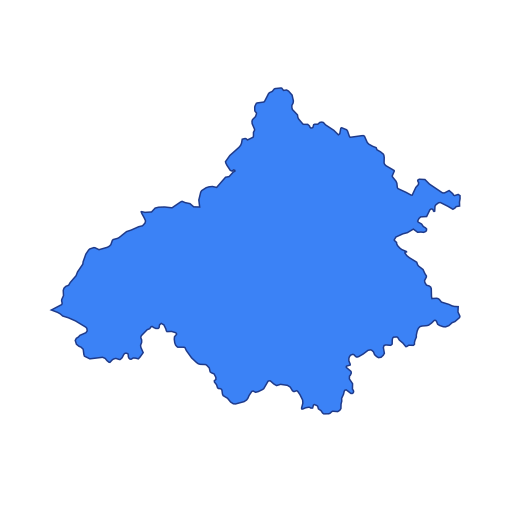 the district of Trung Khanh, Cao Bằng, Vietnam, rotated 174°
{"feature_id": "81297802B42277751936117", "entity_name": "Trung Khanh", "entity_type": "district", "adm_level": 2, "iso_a3": "VNM", "parent_name": "Vietnam", "parent_adm1": "Cao Bằng", "projection": "mercator", "projection_center": [106.547, 22.825], "detail": "fine", "context": "isolated", "style": "filled", "palette": "blue", "viewbox_px": 512, "rotation_deg": 174, "n_neighbors": 0, "source": "geoboundaries", "source_scale": "gbopen_adm2", "svg_char_len": 6058}
<svg xmlns="http://www.w3.org/2000/svg" viewBox="0 0 512 512"><g transform="rotate(174 256 256)"><path d="M465.2,223.7L459.1,220.6L456.7,218.9L454.5,216.5L449.1,214.2L442.3,210.3L432.8,203.1L431.8,201.8L431.7,199.2L433.2,197.5L439.4,195.5L441.1,194.0L443.3,192.9L444.6,190.9L443.8,187.0L441.5,184.7L439.6,183.7L437.6,181.3L437.5,176.2L437.1,174.3L432.0,171.1L419.2,171.3L416.7,169.9L415.1,167.5L413.3,165.7L412.4,165.5L409.6,167.9L408.2,168.5L406.1,168.8L402.6,167.3L401.8,167.3L399.8,168.8L397.7,172.0L396.7,172.8L395.5,173.0L393.7,172.3L393.4,171.1L393.5,169.1L393.0,167.6L392.1,166.6L390.9,166.4L388.8,167.4L386.3,167.0L383.8,166.0L382.0,167.5L378.3,171.7L380.1,177.3L380.1,179.4L378.8,181.9L378.6,183.1L378.5,184.6L379.1,186.6L378.9,187.8L378.3,188.8L371.9,194.1L369.4,194.8L367.6,196.7L366.6,196.8L365.3,195.6L363.2,194.4L360.8,194.2L359.9,194.9L359.1,197.7L357.3,198.9L354.8,197.1L353.3,192.9L353.0,191.0L352.4,190.1L347.8,189.8L343.9,188.1L343.2,187.2L343.2,186.4L345.5,184.2L346.0,181.8L345.9,178.3L345.3,175.9L344.3,174.4L343.4,173.5L337.1,172.8L336.2,172.3L335.2,169.3L330.7,161.4L326.3,156.3L324.6,154.8L322.8,154.1L317.5,153.3L316.5,152.6L314.2,149.6L313.7,145.6L312.5,144.5L310.0,143.1L308.6,139.5L308.8,137.4L310.5,136.3L310.5,135.0L308.7,132.1L308.0,128.9L307.1,128.1L305.3,127.8L304.3,127.0L303.9,126.1L303.8,122.3L303.3,120.6L299.2,117.5L296.5,113.4L294.0,111.4L291.8,111.0L283.1,112.4L280.4,113.8L279.0,115.3L277.4,118.1L274.3,121.8L272.9,122.0L270.7,120.5L267.9,120.9L263.5,122.5L262.2,123.2L257.1,130.2L256.0,130.5L254.8,130.3L251.7,126.9L249.1,125.0L245.0,125.8L238.3,124.1L235.7,122.1L233.9,118.3L233.0,117.4L232.1,117.2L229.6,117.8L228.6,116.9L226.8,113.6L224.7,107.9L224.8,104.7L226.6,100.0L226.5,99.1L225.6,98.9L222.7,99.8L219.7,100.1L218.5,99.9L217.3,99.0L215.6,98.9L214.4,101.8L213.5,102.2L211.3,101.0L210.4,100.2L209.9,97.4L207.5,95.4L206.2,92.9L205.1,91.9L200.2,91.5L198.9,91.8L196.9,93.3L195.9,93.6L191.0,92.7L188.8,93.8L187.5,95.4L186.9,99.9L185.9,102.6L185.7,105.5L183.4,109.4L182.4,112.3L181.5,113.3L180.2,113.4L176.0,109.4L174.7,109.2L173.6,109.8L173.1,110.8L173.2,112.1L174.0,113.5L173.3,118.9L176.0,124.0L175.6,126.8L174.5,127.8L173.5,129.6L173.5,130.8L173.7,131.4L177.8,135.7L177.8,136.5L177.5,137.0L173.8,137.7L173.6,138.5L174.6,142.0L174.4,144.3L173.8,145.8L172.4,147.5L169.9,148.1L168.8,147.5L167.4,145.6L166.2,144.9L164.4,145.2L159.7,147.3L154.4,150.5L151.9,150.7L150.7,150.1L149.2,148.4L148.4,145.5L146.6,143.4L144.8,142.1L142.2,142.2L139.8,144.0L138.5,145.8L138.9,151.6L138.0,153.6L136.2,154.0L131.5,153.1L130.6,153.5L129.8,154.2L129.2,158.6L128.7,160.0L127.8,160.9L124.6,160.8L123.6,160.3L122.3,157.5L118.9,153.9L116.5,150.2L115.6,150.2L113.4,151.3L108.8,150.7L107.6,151.7L107.5,153.3L106.7,155.5L105.0,158.6L104.8,160.7L103.5,164.6L102.1,167.1L100.4,168.6L98.3,169.0L93.3,168.9L91.5,169.2L88.5,170.9L85.5,173.3L84.9,173.4L84.1,173.2L83.3,172.1L82.5,169.2L80.8,167.8L77.2,166.1L74.9,165.7L71.5,166.6L67.9,169.2L65.0,170.0L60.1,173.4L59.6,174.3L59.6,175.1L61.0,179.2L60.2,184.5L64.0,185.1L66.2,185.9L69.2,187.7L76.4,190.8L78.2,193.6L79.4,194.6L80.8,195.1L85.5,195.3L85.7,197.5L85.1,205.1L85.5,206.8L86.9,208.1L89.5,209.2L90.9,212.2L90.9,214.0L88.8,217.2L88.6,218.3L89.9,220.9L91.3,225.1L95.4,229.0L96.2,230.4L96.8,233.0L103.8,238.4L106.0,240.6L107.6,243.4L107.4,244.2L105.9,244.3L105.9,244.7L110.4,247.2L112.2,248.9L114.1,251.5L114.8,253.3L114.8,254.8L116.8,257.1L116.8,257.7L114.8,260.3L107.6,262.7L103.0,263.4L96.7,266.3L92.8,262.7L89.5,262.6L86.8,262.0L84.8,262.6L83.9,263.3L83.5,265.0L84.5,266.3L86.5,267.8L88.0,270.5L91.1,272.7L91.6,273.8L90.0,276.3L88.1,277.7L82.2,277.4L78.2,283.8L77.1,284.4L76.3,284.4L75.2,283.8L74.8,282.2L74.3,281.7L73.6,281.9L72.8,286.8L71.8,288.1L68.8,289.9L67.0,289.9L60.0,285.4L55.3,281.9L53.3,282.8L51.7,284.2L48.3,284.4L48.0,288.4L47.1,291.6L46.8,294.7L48.5,296.1L52.1,295.3L53.1,295.8L53.8,297.4L57.1,300.9L61.5,299.2L62.4,299.0L64.1,299.4L76.0,309.4L80.0,314.4L85.6,315.3L87.0,314.7L87.3,314.1L87.1,312.9L86.6,312.1L87.0,310.1L89.9,307.5L94.3,300.2L95.3,300.3L100.1,303.6L107.8,308.2L108.3,309.3L108.3,313.6L109.0,315.8L112.1,320.6L112.1,321.5L109.6,326.0L109.7,326.6L117.3,332.2L118.5,333.7L118.9,335.2L118.2,340.5L118.3,342.8L118.7,344.0L121.3,346.6L124.6,349.0L125.2,351.2L128.5,352.9L132.2,355.5L133.5,357.3L135.6,363.8L136.6,364.5L138.2,364.6L150.0,364.2L150.7,365.5L151.9,370.7L152.7,372.1L157.4,374.6L158.3,374.2L159.9,368.8L161.4,367.9L165.5,372.9L173.2,379.2L175.0,381.7L176.6,382.3L178.5,382.2L180.8,380.6L183.9,380.9L184.9,380.6L186.0,377.9L187.0,377.5L188.1,377.6L188.8,378.3L189.2,379.7L190.8,381.5L195.0,382.0L195.7,382.5L199.3,387.8L199.9,389.5L200.0,392.0L204.5,397.9L204.8,399.9L204.6,402.0L203.1,404.3L202.6,406.3L203.3,412.3L206.4,416.6L208.2,417.9L211.3,417.8L212.9,420.3L213.7,420.5L219.5,420.5L220.4,420.2L222.6,418.0L225.6,417.0L226.6,416.1L231.1,409.2L232.1,408.3L238.8,408.1L239.7,407.8L241.2,405.5L241.7,404.3L242.0,400.9L241.8,399.9L240.6,398.3L240.7,397.3L241.9,394.7L245.2,392.0L245.9,390.5L246.0,388.0L244.2,382.3L244.3,381.2L245.6,379.3L246.0,375.5L246.5,374.4L252.4,372.3L253.4,373.5L254.5,374.0L257.5,373.6L258.6,369.7L259.7,367.7L261.5,365.9L271.5,358.7L276.5,353.0L276.3,351.6L275.4,349.2L272.6,343.8L271.0,343.0L269.2,344.0L268.1,343.4L268.1,342.6L269.9,341.8L274.4,337.8L278.1,337.5L288.0,328.3L292.1,329.7L295.6,329.7L298.5,329.1L303.2,326.7L304.3,325.3L307.0,317.7L306.9,310.6L312.8,311.4L316.2,315.0L320.9,316.5L323.8,318.1L325.4,317.6L334.5,312.7L341.8,314.3L347.8,314.7L351.3,314.2L355.3,310.7L361.9,311.0L365.2,312.1L365.6,311.9L365.0,309.9L363.3,305.9L362.3,303.0L362.3,302.0L363.0,300.3L365.7,297.9L369.6,297.4L377.6,294.8L382.2,293.8L390.3,288.6L391.9,288.0L396.3,287.3L397.2,286.6L399.2,282.4L400.8,281.1L402.9,280.2L411.5,278.7L415.2,281.0L416.4,281.3L420.6,280.4L421.9,279.4L425.0,275.7L428.5,268.4L429.1,266.0L435.1,258.9L437.0,255.2L443.5,249.1L445.4,246.5L448.3,245.7L450.3,244.1L451.3,241.9L451.6,236.7L453.7,233.1L454.0,231.8L453.7,229.3L454.3,228.0L465.2,223.7Z" fill="#3b82f6" stroke="#1e3a8a" stroke-width="1.5"/></g></svg>